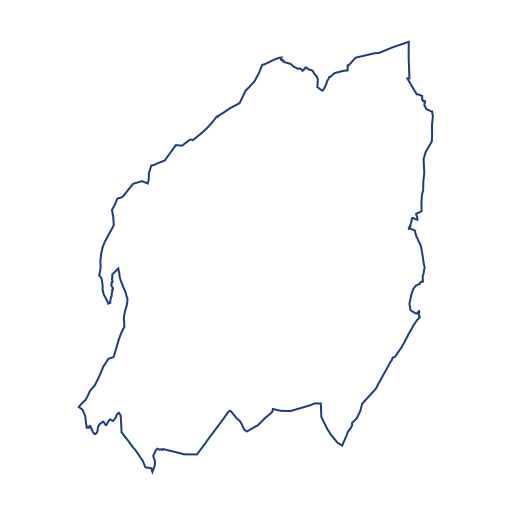 the district of Fyresdal nor, Telemark, Norway, rotated 92°
{"feature_id": "86288312B57586281322059", "entity_name": "Fyresdal nor", "entity_type": "district", "adm_level": 2, "iso_a3": "NOR", "parent_name": "Norway", "parent_adm1": "Telemark", "projection": "natural_earth1", "projection_center": [8.028, 59.145], "detail": "fine", "context": "isolated", "style": "outline", "palette": "blue", "viewbox_px": 512, "rotation_deg": 92, "n_neighbors": 0, "source": "geoboundaries", "source_scale": "gbopen_adm2", "svg_char_len": 5878}
<svg xmlns="http://www.w3.org/2000/svg" viewBox="0 0 512 512"><g transform="rotate(92 256 256)"><path d="M311.3,90.1L311.0,90.3L310.6,90.8L309.9,91.1L308.6,91.1L307.7,91.3L307.2,91.3L306.6,90.9L305.6,91.0L305.9,91.4L306.1,92.0L306.9,92.5L307.8,92.7L307.8,93.0L307.7,94.7L304.8,99.7L298.4,101.0L288.3,99.2L283.4,97.6L280.4,95.6L278.9,93.2L278.3,91.4L278.1,91.3L277.0,91.0L276.0,90.0L275.7,89.4L276.1,88.7L275.9,88.3L272.3,88.6L270.2,88.6L269.4,88.5L268.4,88.1L267.6,87.9L264.7,87.6L261.9,87.1L260.7,87.2L258.2,88.0L251.0,89.3L242.4,91.0L237.9,92.5L236.0,93.9L233.2,95.0L231.3,96.2L227.3,97.6L225.3,97.9L224.8,98.5L224.0,100.3L223.9,101.2L223.0,103.7L223.3,104.2L222.7,104.3L221.7,103.7L221.5,103.3L221.4,103.1L221.1,103.1L220.9,102.8L220.4,102.6L219.9,102.7L219.8,102.9L219.6,102.9L218.1,102.2L216.4,102.1L215.5,101.7L214.9,101.8L214.3,101.4L213.7,101.6L213.4,101.3L212.8,101.3L212.8,100.8L212.5,100.7L212.4,100.3L213.8,97.5L214.2,96.0L212.6,96.0L210.9,96.5L208.4,97.5L207.7,96.4L207.2,95.4L206.9,94.6L206.2,93.2L205.2,92.1L197.9,92.5L190.6,92.4L186.5,91.8L184.6,91.2L175.8,91.4L167.8,90.7L153.3,91.9L146.2,90.1L135.5,84.3L129.8,84.2L119.5,84.7L109.9,84.1L105.5,85.1L105.6,85.4L104.4,88.0L104.1,88.9L103.5,90.4L103.0,90.9L102.1,91.6L100.1,92.4L99.9,92.9L98.4,93.0L98.0,92.9L97.0,92.9L96.9,92.8L97.0,92.7L96.8,92.4L96.6,92.5L96.4,92.4L95.7,92.8L95.4,92.8L95.5,93.0L95.4,93.1L95.4,93.4L95.4,93.7L95.1,93.8L95.0,94.0L95.1,94.5L94.4,94.8L94.0,95.2L93.8,95.6L93.5,95.6L93.0,95.4L92.3,95.4L92.0,95.5L90.2,95.5L88.8,99.8L88.8,101.0L79.0,107.4L73.2,110.9L73.1,108.9L51.5,110.4L36.6,110.8L42.7,126.8L48.7,140.0L49.2,144.5L54.3,163.3L62.5,170.3L62.1,170.4L62.1,170.9L63.7,170.9L64.0,171.2L64.3,171.0L65.7,170.8L66.8,170.8L67.5,171.3L67.7,172.0L67.4,172.7L67.4,172.9L67.5,173.1L68.6,177.5L70.5,183.9L72.5,186.0L74.1,187.5L74.5,189.0L76.9,189.9L78.8,191.1L80.7,191.5L84.3,192.8L86.8,194.1L88.5,195.2L88.4,195.7L85.0,200.6L77.6,200.3L74.5,201.5L71.6,204.3L69.3,205.6L68.2,207.3L68.0,209.2L65.7,212.9L66.0,213.3L66.8,213.6L67.9,214.4L68.2,214.9L68.5,215.1L68.8,215.5L69.3,215.9L68.1,216.8L67.0,218.7L67.5,220.4L65.6,224.6L62.8,228.3L61.1,235.0L60.1,235.1L59.8,235.4L59.9,235.6L59.6,236.4L58.9,236.6L58.8,236.8L59.1,236.9L59.2,237.1L59.3,237.2L58.9,237.4L58.9,237.6L58.7,238.0L58.1,238.1L57.6,238.0L57.1,237.9L56.8,237.7L57.2,240.0L57.5,240.8L59.7,245.8L63.8,253.4L64.8,256.4L73.4,259.6L81.5,263.6L87.7,268.9L91.2,272.2L103.8,277.7L109.4,287.5L113.4,292.8L117.0,298.3L117.3,298.6L117.9,298.7L118.2,298.9L118.0,299.2L118.0,299.5L117.9,299.7L117.9,300.0L122.6,303.4L129.8,309.3L136.0,315.7L142.4,323.1L141.9,325.3L142.2,326.3L148.3,333.7L148.0,340.0L163.8,350.6L167.2,358.5L168.6,360.9L169.2,363.8L177.1,365.9L183.4,365.9L187.3,366.7L185.2,372.7L188.2,381.4L201.7,391.5L202.7,394.1L203.0,395.7L203.3,396.2L204.4,397.0L208.9,398.6L214.0,401.0L215.0,401.6L221.5,400.1L230.0,399.2L235.4,401.7L237.3,402.8L244.5,406.3L245.3,406.6L246.7,407.6L248.9,408.2L251.6,409.3L258.3,410.7L266.2,411.4L272.3,410.9L276.2,411.2L280.9,412.1L282.9,410.2L284.4,409.4L286.2,409.0L291.5,408.2L294.6,408.2L299.6,406.9L306.6,402.9L308.8,402.0L307.7,399.9L306.8,400.3L306.5,400.3L305.3,399.9L303.4,399.7L301.5,399.2L301.3,399.1L301.3,398.9L300.9,398.7L299.5,399.0L297.2,398.5L295.6,398.4L295.2,398.6L294.7,398.6L294.6,398.4L294.7,398.0L294.1,397.8L293.0,397.9L292.5,398.1L291.1,399.4L290.3,399.5L289.9,399.5L289.5,399.3L288.1,399.5L287.3,399.3L286.9,399.1L286.9,398.6L286.3,398.5L284.4,399.1L283.8,399.0L283.3,399.2L282.8,398.9L282.4,398.8L281.0,399.0L279.3,398.9L273.3,393.2L277.7,392.1L279.3,391.9L281.2,391.6L284.6,390.6L292.5,387.2L296.3,385.3L301.3,383.8L302.8,383.0L307.5,383.1L310.0,383.5L315.6,385.0L320.4,385.7L324.4,385.9L326.0,385.5L331.4,385.1L337.6,388.0L344.3,390.2L361.8,394.7L362.0,394.9L364.0,400.1L370.0,403.4L371.0,404.4L378.8,407.3L383.9,409.4L391.1,412.7L393.7,414.9L397.0,417.4L401.5,419.2L406.1,421.5L407.6,423.2L409.9,425.3L413.0,427.9L415.7,424.0L420.9,421.5L422.1,421.0L428.9,420.1L431.2,419.5L433.5,419.2L433.0,418.0L433.1,417.7L433.5,417.4L433.4,417.0L433.1,416.7L432.4,416.6L431.8,416.4L431.7,415.5L432.0,415.3L433.0,415.2L434.2,414.4L435.8,413.8L435.9,413.7L437.6,412.9L438.3,412.3L438.6,411.8L439.5,411.3L439.6,410.6L439.1,409.9L438.0,408.8L436.7,408.4L432.4,407.9L431.6,407.7L429.3,406.2L426.8,403.0L426.9,402.7L427.3,402.3L429.4,401.0L430.2,400.3L430.2,400.1L430.2,399.7L428.9,399.0L427.4,398.4L424.5,396.4L424.4,395.8L425.1,394.5L425.8,393.6L425.8,393.0L422.1,390.3L419.2,389.6L417.5,387.5L420.2,385.7L425.8,385.2L427.9,384.9L435.8,384.3L436.9,384.3L438.2,383.0L441.0,380.8L446.3,376.3L447.8,375.2L452.2,371.7L453.0,370.8L455.1,369.0L463.4,363.0L463.9,362.4L471.1,359.1L471.2,358.4L471.2,357.5L471.9,353.1L474.2,352.5L475.4,352.0L468.9,349.9L465.9,349.7L462.9,350.4L461.1,351.2L459.3,351.7L455.3,350.0L453.8,349.3L452.1,348.1L452.0,347.7L452.8,346.1L452.9,345.6L452.4,344.4L452.5,344.1L452.8,343.7L453.0,343.0L453.0,342.8L452.6,342.2L452.2,342.1L456.0,323.7L456.7,321.3L456.4,308.1L446.9,301.5L445.8,300.6L443.4,299.2L419.4,282.6L413.5,278.8L412.5,278.1L411.6,276.9L412.1,275.6L416.5,271.7L418.7,269.9L421.4,266.5L424.2,264.6L429.7,261.9L431.7,259.0L426.6,250.9L425.2,248.3L422.6,245.9L416.4,240.1L415.1,238.4L411.3,234.4L408.3,233.8L409.9,225.9L409.7,216.0L403.3,196.7L401.3,192.4L401.1,186.1L414.4,185.1L423.3,180.4L427.3,178.2L429.9,176.2L431.1,175.6L435.0,172.3L439.8,168.0L442.5,163.3L436.6,161.0L434.3,160.0L428.0,157.8L425.2,155.6L421.8,154.0L419.5,154.2L414.7,149.6L414.4,149.5L407.1,146.3L400.0,144.8L384.5,131.6L379.1,129.1L376.4,127.5L375.2,127.1L373.5,126.2L361.3,119.9L357.7,118.2L355.3,116.6L353.1,116.0L352.7,115.6L352.1,113.8L351.7,113.5L349.0,111.6L347.0,110.5L345.3,109.2L344.3,108.8L341.7,107.0L340.5,106.7L337.4,104.8L335.1,103.9L331.9,102.2L329.1,101.0L322.9,97.7L319.4,96.1L318.6,95.4L314.6,92.9L311.3,90.1Z" fill="none" stroke="#1e3a8a" stroke-width="2"/></g></svg>